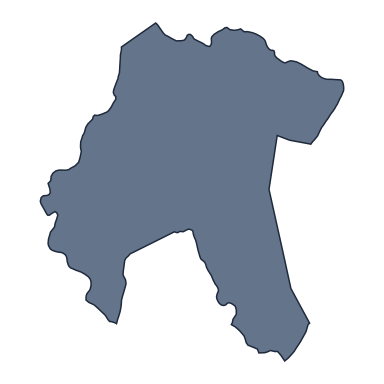 Grace, Laborie, Saint Lucia
{"feature_id": "8701671B7232350225457", "entity_name": "Grace", "entity_type": "district", "adm_level": 2, "iso_a3": "LCA", "parent_name": "Saint Lucia", "parent_adm1": "Laborie", "projection": "robinson", "projection_center": [-60.967, 13.776], "detail": "fine", "context": "isolated", "style": "filled", "palette": "slate", "viewbox_px": 384, "rotation_deg": 0, "n_neighbors": 0, "source": "geoboundaries", "source_scale": "gbopen_adm2", "svg_char_len": 5085}
<svg xmlns="http://www.w3.org/2000/svg" viewBox="0 0 384 384"><path d="M116.5,323.7L117.1,321.5L117.6,319.5L118.5,316.9L120.0,312.0L120.9,307.5L121.3,304.2L121.5,300.2L122.4,296.7L124.4,289.9L126.0,284.1L125.9,282.1L125.5,279.8L123.8,276.4L123.2,275.4L123.1,274.1L123.2,271.9L123.8,267.4L124.7,260.6L125.7,258.5L126.6,257.5L128.1,256.2L130.2,253.8L131.3,253.2L132.7,252.6L174.4,231.8L176.7,232.6L177.8,232.6L180.2,231.3L182.3,231.7L183.6,231.6L184.6,231.0L186.3,230.1L188.7,229.1L189.9,229.4L191.8,230.1L192.9,231.2L193.2,233.2L193.4,234.5L193.8,235.7L194.1,236.6L194.5,237.6L195.0,238.7L195.4,239.6L195.7,240.4L196.0,241.4L196.3,242.4L196.6,243.8L197.0,245.3L197.2,246.5L197.6,248.3L198.1,250.3L198.5,251.9L199.0,253.3L199.2,254.1L199.5,255.4L199.9,256.6L200.3,257.6L200.5,258.2L201.0,259.1L201.8,259.8L202.4,260.3L203.5,261.1L204.2,261.8L204.8,262.4L205.1,263.0L205.7,264.4L206.0,265.3L206.4,266.7L206.5,267.3L207.1,268.5L207.6,269.5L208.0,270.3L208.5,271.1L209.1,272.0L209.8,273.2L210.6,274.3L211.4,275.8L212.0,277.1L212.7,278.9L213.2,280.1L213.8,281.3L214.4,282.4L214.9,283.5L215.6,284.6L216.4,285.4L217.5,287.3L218.0,288.3L218.3,289.2L218.4,290.0L218.4,290.4L218.2,291.5L217.8,292.4L217.6,292.9L217.2,293.8L217.0,294.6L216.7,295.7L216.6,296.3L216.6,297.5L216.7,298.1L217.0,299.1L217.3,299.8L217.8,301.0L218.4,302.0L219.0,302.9L219.9,303.9L220.7,304.5L221.5,305.1L222.5,305.3L223.5,305.5L224.6,305.3L225.8,304.8L226.9,303.7L227.9,302.9L228.9,302.8L229.8,303.0L230.7,303.2L231.7,303.7L232.4,304.1L233.2,304.6L235.2,306.1L236.3,309.7L236.3,314.3L233.0,319.3L232.3,322.8L231.3,324.6L235.2,326.8L238.2,329.4L240.2,331.4L244.0,335.8L245.0,338.4L246.3,342.8L248.0,345.2L254.8,347.9L257.5,349.2L258.8,352.9L260.3,352.9L264.8,352.7L267.1,352.0L270.5,350.5L275.2,351.6L277.5,351.4L280.9,355.3L284.7,361.0L288.4,357.9L290.8,355.3L294.2,351.4L295.9,348.6L300.3,342.0L306.0,331.7L308.1,324.5L309.6,323.2L290.9,288.5L283.4,254.2L269.0,189.4L277.2,135.5L289.6,140.2L310.6,144.1L310.8,144.2L312.9,141.3L313.1,141.2L313.8,140.5L314.8,139.3L315.8,138.1L316.7,137.0L317.5,136.0L318.1,134.9L318.6,133.7L319.5,131.7L320.4,130.0L321.6,127.5L323.0,125.7L324.4,123.6L326.4,120.6L327.6,119.1L329.2,116.5L330.4,114.6L331.6,112.9L333.1,111.0L334.4,109.0L335.2,107.8L335.8,106.6L336.6,105.3L337.5,103.8L338.1,102.4L339.2,100.1L339.9,98.6L340.4,97.6L341.2,96.2L341.9,94.7L342.5,93.2L343.1,91.9L343.6,90.5L343.7,89.1L343.7,87.5L343.6,86.3L343.3,84.7L343.1,83.5L342.8,82.7L342.4,81.7L342.0,81.0L341.3,80.3L340.5,79.9L334.2,79.5L331.3,79.3L328.6,79.3L326.7,79.3L325.1,78.8L323.6,78.4L321.7,77.6L320.5,76.7L319.3,75.7L318.3,74.5L317.7,73.4L317.4,71.7L314.8,71.2L312.9,70.8L307.4,67.9L303.8,65.7L300.4,63.7L296.6,61.9L292.5,61.0L290.6,60.8L289.5,61.1L287.3,61.9L285.5,62.8L284.6,62.8L283.2,62.3L281.1,61.1L279.0,59.5L277.4,58.4L275.3,56.3L274.5,54.4L274.5,52.2L273.9,50.7L272.6,50.3L271.2,50.3L270.4,50.0L269.3,49.2L267.8,47.5L267.0,46.2L265.8,42.9L265.3,41.2L264.5,39.9L263.2,38.4L259.6,35.9L255.7,33.9L252.5,32.7L247.8,31.7L244.0,31.7L240.7,28.9L237.4,29.9L234.2,30.3L229.8,29.6L227.1,27.5L225.1,27.7L222.1,29.9L218.1,31.7L214.0,34.4L211.7,36.9L211.3,38.6L211.5,41.7L211.3,44.2L209.7,46.5L208.5,46.3L206.0,45.6L202.9,43.4L196.0,40.0L194.1,39.0L192.4,36.2L190.5,34.5L188.5,34.4L187.3,35.2L186.0,38.1L184.3,40.1L181.5,40.7L176.4,40.9L171.3,38.3L168.5,36.6L164.9,34.8L163.3,33.0L160.7,29.3L157.5,24.7L155.7,23.0L133.8,38.3L121.4,47.0L121.4,47.5L121.5,48.8L121.4,49.4L121.2,51.2L120.7,53.4L120.4,55.0L120.3,59.3L120.2,60.0L119.6,70.0L119.4,72.9L118.6,75.6L118.3,76.3L118.0,78.5L116.0,83.5L113.7,89.8L113.3,92.4L114.4,95.4L115.8,96.5L115.8,99.2L115.4,99.9L113.6,102.5L111.5,106.5L111.4,106.8L110.7,107.8L108.4,110.8L106.8,112.1L105.8,112.5L102.5,113.9L98.9,115.1L97.7,115.4L97.5,115.5L95.9,115.3L94.6,115.1L93.5,116.3L93.2,116.6L93.1,117.1L92.5,119.3L89.4,122.4L87.8,124.0L85.9,127.1L85.8,127.4L84.3,132.8L83.6,134.2L82.7,135.5L81.8,138.5L81.6,139.2L81.1,140.6L80.7,141.9L80.5,146.9L80.8,149.3L81.1,150.4L81.3,151.4L80.2,157.0L79.1,160.8L78.6,162.3L75.0,165.9L70.4,168.4L70.1,168.6L69.0,169.5L67.0,170.0L66.0,170.2L62.4,170.1L58.8,170.1L56.7,170.7L55.7,171.0L55.1,171.5L53.0,173.1L51.8,175.1L51.1,176.4L50.8,180.5L50.3,181.1L49.4,182.2L48.2,183.2L48.1,183.4L50.0,189.4L50.2,192.8L48.9,194.7L47.2,195.4L43.3,195.8L41.2,197.5L40.3,201.3L41.2,204.1L44.4,209.7L46.8,214.1L47.7,215.2L49.4,215.2L51.7,213.5L55.0,211.6L56.7,212.7L57.8,215.2L56.5,219.5L55.2,223.1L54.5,227.0L50.5,232.1L48.5,239.1L48.1,243.2L48.1,243.6L48.5,245.5L49.8,248.1L50.4,249.0L51.6,249.9L53.7,250.9L55.4,251.4L56.8,251.8L58.9,252.2L61.0,252.4L61.6,252.6L63.2,253.2L65.2,254.7L66.2,256.1L66.8,258.0L67.2,261.1L67.3,261.8L68.3,265.1L69.1,266.4L70.4,267.8L72.8,268.8L76.5,270.5L77.9,270.8L79.1,271.4L80.6,271.8L81.7,272.4L84.9,274.2L88.3,276.7L89.9,278.7L90.8,280.7L91.1,283.1L91.0,285.6L90.2,289.1L89.6,290.3L88.2,292.0L86.9,293.8L86.1,296.1L86.0,300.0L88.8,302.4L91.7,303.7L94.1,304.9L95.9,306.4L98.5,308.8L104.9,314.9L106.1,316.5L108.1,319.8L109.6,321.5L111.6,321.7L114.8,322.7L116.5,323.7Z" fill="#64748b" stroke="#1e293b" stroke-width="1.5"/></svg>